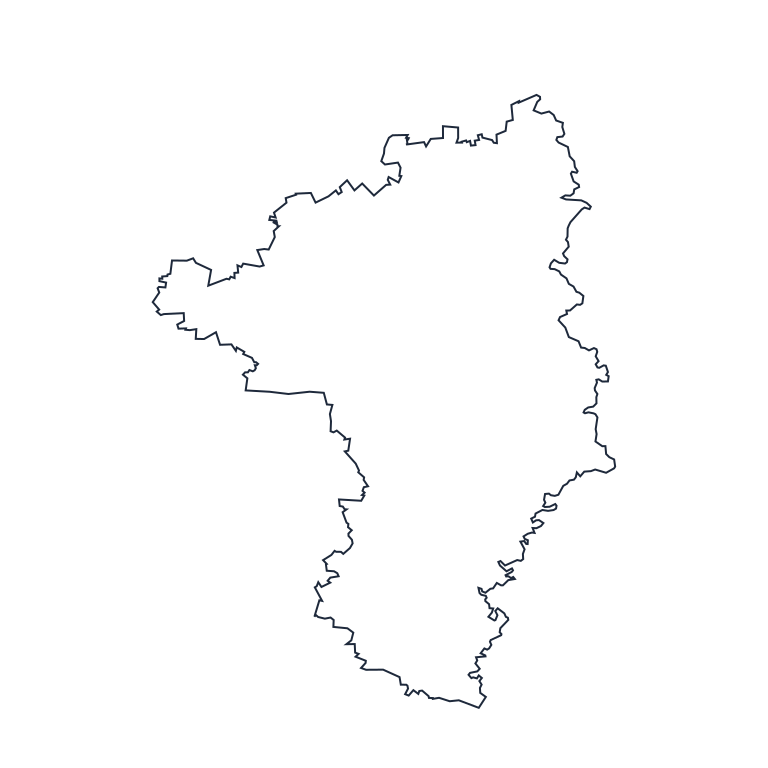 Fezile Dabi, Free State, South Africa, rotated 98°
{"feature_id": "47623444B21501715606105", "entity_name": "Fezile Dabi", "entity_type": "district", "adm_level": 2, "iso_a3": "ZAF", "parent_name": "South Africa", "parent_adm1": "Free State", "projection": "natural_earth1", "projection_center": [27.835, -27.476], "detail": "fine", "context": "isolated", "style": "outline", "palette": "slate", "viewbox_px": 768, "rotation_deg": 98, "n_neighbors": 0, "source": "geoboundaries", "source_scale": "gbopen_adm2", "svg_char_len": 6140}
<svg xmlns="http://www.w3.org/2000/svg" viewBox="0 0 768 768"><g transform="rotate(98 384 384)"><path d="M76.5,273.2L86.6,289.7L85.1,289.7L89.9,296.7L104.6,293.2L107.1,299.0L116.4,298.8L121.4,307.3L129.8,305.7L129.8,308.9L127.4,310.9L126.3,320.8L123.1,322.0L124.6,325.7L129.1,323.8L130.4,328.0L134.7,326.6L135.8,331.1L131.3,332.6L133.0,335.7L131.4,336.6L133.3,340.9L134.1,340.5L134.9,345.8L130.1,344.8L119.7,346.3L120.5,361.5L132.2,359.8L134.8,371.8L142.9,375.4L138.9,378.0L143.8,395.4L142.9,394.2L137.7,395.7L138.4,394.1L137.1,393.7L137.1,396.4L134.1,395.2L136.5,410.1L139.5,413.4L150.1,416.4L155.8,416.1L163.7,417.7L166.5,413.6L162.8,401.0L167.5,397.7L175.7,397.8L175.7,395.8L182.4,397.7L178.4,408.2L181.3,408.7L185.7,405.6L186.5,409.6L198.8,420.2L188.5,433.5L196.4,440.2L187.4,448.9L195.2,455.2L199.8,452.6L202.4,455.5L199.0,458.6L205.9,465.1L213.9,477.0L205.0,483.0L207.8,497.9L208.8,497.4L213.6,507.2L218.0,505.8L229.6,516.8L234.2,514.5L233.8,520.0L237.5,520.4L237.2,513.3L238.9,512.6L239.1,516.6L241.0,511.8L242.6,511.4L242.4,510.0L247.9,514.5L253.7,512.6L266.9,516.9L267.0,521.4L269.0,528.1L283.3,519.7L285.0,523.5L284.4,540.2L288.0,541.5L286.9,545.6L294.0,543.9L294.8,547.6L299.9,546.7L299.1,550.8L301.9,551.8L301.7,554.6L311.1,571.7L295.1,571.1L290.2,587.1L286.1,590.5L289.3,596.4L291.2,611.1L304.6,610.9L305.7,613.6L307.3,613.6L308.4,618.6L310.6,618.2L310.7,621.1L313.4,620.7L313.9,613.9L318.8,613.9L319.2,620.4L320.7,621.5L324.7,619.3L335.1,624.4L341.6,617.0L343.9,619.1L346.8,614.6L345.4,611.7L341.7,592.2L349.4,590.7L353.9,597.0L357.8,595.2L356.5,587.9L357.9,588.2L357.7,583.8L355.8,577.5L365.5,576.7L364.5,568.4L356.1,557.6L368.0,551.8L366.0,540.6L371.8,535.3L368.3,534.9L371.6,526.8L373.9,527.6L376.5,518.4L380.5,515.5L380.2,513.8L381.6,511.5L383.2,512.7L383.4,514.5L386.2,513.1L388.4,514.0L389.7,515.7L388.9,519.2L391.4,520.4L391.8,523.2L394.4,525.0L397.4,520.1L409.6,520.1L407.6,496.1L407.2,477.2L402.0,456.6L401.1,442.4L412.2,437.7L411.9,432.2L421.3,433.4L428.2,431.3L438.2,430.3L438.9,427.3L436.7,424.3L442.5,415.1L444.5,415.5L442.9,410.0L455.0,410.1L456.2,413.4L466.8,400.9L473.2,396.7L475.0,397.2L479.2,390.7L481.8,390.8L487.5,385.6L489.0,389.6L492.8,390.4L494.3,388.1L497.0,390.3L497.2,388.0L502.8,390.3L504.6,412.5L511.0,410.9L511.1,407.7L513.5,405.6L513.4,403.7L516.7,407.1L526.5,401.8L527.5,399.8L530.8,399.7L533.3,395.6L537.1,398.4L539.4,398.0L542.7,394.1L546.2,392.9L551.2,394.9L557.9,400.7L556.2,403.2L556.8,408.1L556.1,409.7L560.6,412.3L566.9,419.8L570.2,415.6L570.7,416.4L576.9,414.7L576.4,407.4L577.9,403.9L580.7,402.2L583.2,410.2L586.7,412.4L588.2,409.6L593.7,417.7L589.4,421.5L593.6,422.5L595.0,424.2L607.4,415.1L607.2,417.9L624.0,420.5L622.3,419.2L623.9,416.8L624.6,409.9L622.7,404.4L624.7,401.0L631.6,400.3L631.0,386.2L634.5,379.8L642.4,380.7L646.9,385.0L645.6,376.8L654.0,375.2L654.8,371.6L658.0,374.2L660.6,363.5L662.8,363.4L668.4,367.2L669.5,362.0L667.0,345.1L672.1,327.8L679.4,325.5L678.7,320.1L679.5,318.8L682.3,317.8L688.2,319.9L689.1,316.2L683.1,312.3L686.1,306.9L683.1,306.3L682.3,303.6L686.9,296.4L688.6,295.8L688.2,291.9L689.0,291.8L687.1,285.8L689.0,274.8L686.8,265.9L691.5,245.1L679.7,239.6L676.5,245.7L671.6,246.7L668.1,245.5L664.9,248.2L661.5,246.2L659.4,249.6L662.6,251.0L662.1,254.9L663.1,256.5L660.2,259.8L658.1,258.6L655.6,251.6L652.7,249.6L648.0,254.6L644.8,253.2L641.8,254.8L639.6,245.6L638.7,245.9L637.2,250.8L631.9,247.8L632.7,244.9L631.2,243.1L627.4,241.4L624.5,243.2L622.7,242.7L616.4,233.0L615.3,232.9L613.7,234.9L609.6,234.8L600.3,228.1L598.2,228.8L597.6,230.9L594.4,232.9L590.3,240.2L593.3,242.2L597.2,239.5L602.3,240.8L602.8,241.8L600.0,248.2L595.4,245.4L591.1,244.6L591.3,248.3L587.4,249.3L584.9,253.4L583.2,253.8L581.4,252.6L579.6,253.7L579.2,258.3L577.7,260.3L572.7,262.1L573.3,258.9L575.7,257.9L576.6,254.5L572.0,250.2L571.2,247.5L565.3,244.6L567.1,240.0L566.8,238.2L560.9,233.6L558.9,227.3L557.1,229.2L558.5,231.1L557.1,234.1L557.6,236.2L556.4,237.0L552.4,231.4L550.6,230.3L548.8,231.6L552.4,236.6L547.6,243.9L544.3,246.0L543.1,244.0L546.9,238.9L539.8,227.6L540.1,223.9L538.0,221.8L533.0,222.8L528.1,221.8L521.1,227.0L520.0,223.3L522.6,220.9L522.5,219.5L518.7,219.8L517.8,223.1L515.5,224.6L512.3,220.8L510.5,216.8L510.5,214.2L505.9,216.8L505.6,213.0L502.8,208.8L499.5,206.8L497.2,211.6L497.8,214.4L500.4,217.3L496.8,219.5L494.4,216.0L491.2,215.9L486.7,209.6L486.8,203.9L485.2,198.5L483.4,196.3L480.5,196.2L479.0,197.7L482.5,202.9L483.4,207.6L482.7,209.4L479.1,207.7L476.4,209.4L470.5,209.2L469.6,205.4L470.9,203.3L471.0,199.3L469.4,195.9L459.9,192.3L457.3,188.9L453.7,186.9L452.3,182.6L449.7,181.1L444.7,180.7L448.1,176.8L442.9,173.5L441.5,167.0L439.3,163.0L441.0,151.7L435.5,144.4L433.6,143.6L426.7,145.6L425.1,150.7L422.4,154.3L414.7,156.1L415.2,159.2L411.5,166.6L404.0,166.5L399.3,168.1L387.4,168.0L384.5,170.4L383.9,172.3L383.6,177.6L385.0,180.9L384.4,182.4L381.6,181.6L378.8,178.5L377.3,173.7L373.6,170.9L367.5,171.9L364.2,171.3L361.0,174.2L358.7,174.8L353.0,173.3L350.3,174.3L349.5,172.0L351.2,168.2L350.3,162.6L345.0,162.6L344.0,165.2L341.0,163.9L335.0,166.9L335.0,169.1L338.0,173.1L337.9,174.9L335.0,177.1L331.5,174.7L327.1,178.2L322.5,177.3L320.0,178.4L319.2,181.1L322.2,185.7L320.4,190.2L320.5,193.9L314.6,197.3L311.8,207.5L302.9,212.3L296.6,220.0L293.2,219.0L289.2,212.5L285.9,213.7L285.3,210.0L278.4,204.1L278.3,200.8L276.5,198.8L269.1,198.8L266.4,203.3L265.9,206.3L261.1,209.9L259.1,214.9L254.0,218.0L251.0,224.0L248.1,226.1L246.5,231.0L246.8,235.1L245.4,236.3L241.3,235.5L237.3,232.8L239.6,227.4L239.5,221.5L237.9,219.8L235.0,219.6L232.3,223.4L229.8,224.9L222.3,220.2L217.8,221.6L215.8,223.9L212.5,222.8L204.3,223.8L201.4,223.1L197.8,221.9L183.6,212.5L181.4,210.0L182.2,204.8L179.6,203.9L176.4,208.6L174.7,214.2L175.9,229.4L174.8,234.2L172.0,230.7L171.6,225.7L168.8,222.8L164.8,222.7L161.8,218.2L159.5,218.9L157.0,224.4L149.7,228.2L147.6,227.3L148.0,222.6L146.3,221.9L142.5,225.2L136.9,226.7L132.7,231.8L123.7,234.9L120.6,244.7L118.3,247.3L115.4,246.7L114.1,241.6L111.2,240.2L104.7,243.2L100.5,243.2L99.1,250.2L94.0,253.4L91.2,258.4L94.3,265.8L92.2,273.9L83.3,271.5L80.3,269.0L77.9,269.5L76.5,273.2Z" fill="none" stroke="#1e293b" stroke-width="2"/></g></svg>